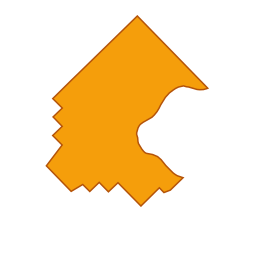 the district of Jefferson, Indiana, United States of America, rotated 316°
{"feature_id": "52423323B82585243463531", "entity_name": "Jefferson", "entity_type": "district", "adm_level": 2, "iso_a3": "USA", "parent_name": "United States of America", "parent_adm1": "Indiana", "projection": "mercator", "projection_center": [-85.425, 38.75], "detail": "fine", "context": "isolated", "style": "filled", "palette": "amber", "viewbox_px": 256, "rotation_deg": 316, "n_neighbors": 0, "source": "geoboundaries", "source_scale": "gbopen_adm2", "svg_char_len": 902}
<svg xmlns="http://www.w3.org/2000/svg" viewBox="0 0 256 256"><g transform="rotate(316 128 128)"><path d="M127.2,54.3L120.7,54.3L94.3,54.6L94.6,68.0L81.8,68.0L81.8,81.1L68.6,81.1L68.8,94.5L43.0,98.5L43.1,134.1L56.2,137.2L56.4,147.1L69.5,147.1L69.6,160.3L82.8,160.4L83.1,193.1L109.0,192.8L109.0,199.4L115.3,202.1L133.1,202.0L130.3,196.6L129.9,195.1L129.5,193.4L129.2,191.2L129.1,181.2L129.8,173.8L129.4,169.1L127.3,164.2L123.5,158.8L123.1,157.4L123.0,155.6L123.3,152.6L124.7,146.5L125.8,144.6L128.2,141.7L129.7,138.7L131.0,137.4L135.3,134.9L137.2,134.3L139.2,133.9L142.9,134.4L152.8,136.9L155.8,136.9L156.0,136.9L160.1,136.4L163.9,135.4L166.7,134.4L167.5,134.1L176.2,131.9L182.1,131.5L187.0,132.1L189.7,132.6L192.8,133.6L197.2,136.3L198.6,138.8L200.0,140.5L204.4,148.2L206.2,150.3L208.9,152.7L212.0,154.4L213.0,154.8L212.5,53.9L127.2,54.3Z" fill="#f59e0b" stroke="#b45309" stroke-width="1.5"/></g></svg>